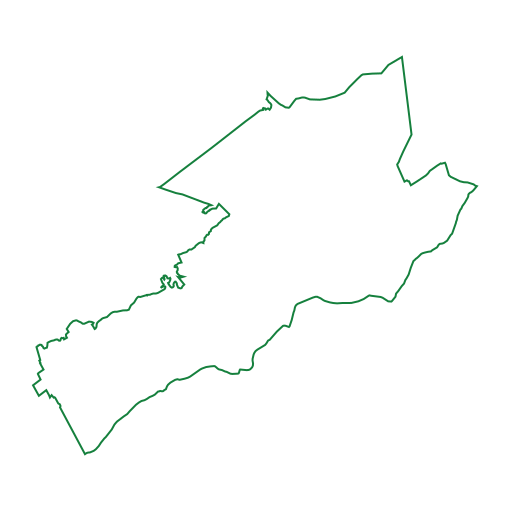 Draganu, Arges, Romania, rotated 92°
{"feature_id": "2599482B87206763535971", "entity_name": "Draganu", "entity_type": "district", "adm_level": 2, "iso_a3": "ROU", "parent_name": "Romania", "parent_adm1": "Arges", "projection": "natural_earth1", "projection_center": [24.702, 44.943], "detail": "fine", "context": "isolated", "style": "outline", "palette": "green", "viewbox_px": 512, "rotation_deg": 92, "n_neighbors": 0, "source": "geoboundaries", "source_scale": "gbopen_adm2", "svg_char_len": 6063}
<svg xmlns="http://www.w3.org/2000/svg" viewBox="0 0 512 512"><g transform="rotate(92 256 256)"><path d="M387.0,467.0L393.0,474.3L403.3,468.1L397.4,460.9L402.5,457.9L404.6,457.0L402.2,455.4L404.6,453.2L404.2,452.4L404.8,451.7L410.2,448.5L410.9,447.3L410.9,447.1L412.2,446.3L413.1,446.2L414.1,446.6L460.0,420.0L459.3,419.1L458.7,418.1L458.3,416.9L458.1,415.1L456.4,411.4L454.7,409.3L451.4,406.5L447.9,404.4L443.6,401.2L442.2,399.8L434.4,394.1L429.4,391.6L427.6,390.2L426.2,389.0L420.8,382.4L418.5,379.2L415.5,376.8L408.8,370.7L406.5,367.9L404.9,365.4L404.0,362.4L402.7,360.1L400.7,357.4L399.4,354.5L398.1,352.3L394.9,349.2L394.6,347.8L394.2,347.1L394.5,345.2L394.3,344.2L394.0,343.7L393.2,343.0L392.3,341.4L389.4,340.4L387.7,339.4L385.5,337.1L382.6,332.5L381.9,330.3L382.4,328.0L381.1,323.0L380.0,319.8L378.8,317.6L371.3,307.7L370.3,305.9L368.7,301.9L367.9,297.5L367.5,294.2L367.5,293.4L368.8,291.6L369.8,290.5L370.6,289.1L371.2,286.0L372.5,282.9L372.8,281.3L374.5,277.5L374.7,275.5L374.2,270.0L374.0,269.4L373.4,269.0L370.6,268.3L370.0,267.9L370.4,261.3L370.1,259.2L369.4,257.8L367.4,256.0L365.7,255.3L363.5,255.2L360.6,255.8L358.9,255.8L354.4,254.9L352.7,254.2L351.0,253.1L349.5,251.3L344.5,243.7L342.7,242.4L340.3,241.1L339.9,240.7L339.3,239.4L330.8,232.5L324.9,226.6L324.6,225.5L324.7,224.0L325.8,220.6L325.1,220.0L318.8,218.1L311.1,216.5L309.1,215.8L306.0,215.3L304.3,214.6L303.5,214.0L302.4,212.7L295.6,197.8L294.7,195.2L294.6,193.5L296.0,190.0L297.8,187.1L298.5,185.6L299.8,180.5L300.3,177.1L300.5,173.3L300.0,168.4L299.6,159.1L297.7,152.1L295.2,146.8L291.7,141.9L291.4,141.1L291.7,139.7L292.6,130.0L293.3,128.0L296.7,122.3L296.8,119.1L296.2,118.5L291.8,115.2L288.7,114.7L286.2,112.7L281.0,109.3L278.4,107.1L274.8,105.9L273.1,104.8L269.2,102.8L262.4,100.9L255.6,98.5L254.0,96.8L253.3,96.3L252.6,95.3L251.0,93.6L248.2,91.0L247.5,89.8L246.7,87.5L245.8,84.2L245.3,81.3L244.1,80.1L241.0,75.3L238.5,73.9L237.5,72.9L237.0,70.1L236.4,68.7L234.0,65.5L228.3,62.2L227.0,60.9L226.3,60.6L216.1,57.4L215.1,57.3L212.8,56.5L208.7,55.9L202.4,53.3L201.6,52.5L198.9,51.5L195.7,49.3L190.4,46.5L189.1,46.0L187.3,45.9L186.5,45.5L185.3,44.3L184.9,43.4L183.8,42.0L182.5,40.8L178.5,37.7L178.0,39.4L176.8,41.0L175.1,47.1L175.0,51.0L174.2,54.8L170.1,64.1L168.6,66.0L157.7,69.6L156.2,70.4L157.3,73.8L157.0,74.6L159.3,78.0L164.9,85.3L167.4,86.9L169.6,89.0L175.9,97.8L179.9,103.7L176.0,105.7L176.0,106.6L175.1,107.8L176.5,110.2L161.2,117.6L159.6,118.1L156.9,116.5L154.1,115.6L146.2,112.4L129.2,104.8L52.0,117.1L60.4,130.3L69.1,137.1L69.7,146.3L70.8,155.5L71.6,156.9L75.4,160.7L83.9,168.6L89.7,173.1L93.8,182.3L96.7,192.3L97.6,197.7L97.6,207.6L96.0,212.7L95.9,214.7L96.1,216.0L97.0,218.8L97.5,221.4L99.6,223.1L106.1,227.6L106.7,228.4L106.4,231.8L104.6,234.9L104.1,236.3L102.6,238.6L95.6,246.9L92.3,250.2L94.5,250.0L94.8,249.6L99.1,250.9L99.6,250.1L101.8,248.5L102.7,247.2L104.0,246.1L104.7,245.9L107.2,246.2L109.3,247.5L108.1,249.1L108.6,250.2L109.5,251.4L109.4,251.7L108.2,252.1L108.2,253.0L107.8,253.5L108.1,254.2L108.6,254.3L109.8,254.1L110.5,257.0L111.6,258.6L114.9,262.4L121.7,271.0L149.3,303.9L174.3,334.7L187.3,350.3L190.4,354.3L190.7,355.3L192.7,349.0L195.9,338.2L197.0,331.7L204.5,309.7L205.6,305.4L206.8,302.4L207.0,303.0L206.9,304.2L207.9,305.6L208.8,306.2L208.8,306.6L209.8,307.2L209.8,308.1L211.7,310.3L213.4,310.5L213.9,311.0L214.4,310.4L213.8,309.5L214.1,309.2L214.8,309.2L215.2,308.5L215.2,307.9L215.0,307.2L213.8,306.4L212.5,304.9L212.4,304.3L211.7,304.1L211.5,303.8L211.6,303.4L211.4,303.1L211.1,303.0L210.2,301.2L209.9,297.5L205.2,294.9L215.2,284.1L217.0,284.6L218.4,287.3L219.4,288.4L219.8,289.8L220.6,290.7L221.4,291.1L222.2,292.1L223.4,293.0L224.5,294.4L226.7,295.8L229.4,300.4L230.7,301.6L231.5,302.0L232.7,302.0L234.0,303.8L235.6,303.8L236.5,304.6L236.4,305.5L236.9,306.1L238.4,306.8L239.6,308.0L240.6,308.1L242.0,308.0L242.7,308.3L243.4,309.1L244.9,309.0L244.2,311.1L244.6,312.4L245.2,313.6L247.9,316.7L249.3,317.4L251.8,320.8L251.8,322.6L252.5,323.8L254.0,324.9L254.6,325.8L255.6,329.0L256.9,331.5L257.0,332.8L257.4,333.8L265.1,330.2L266.0,333.5L267.4,334.7L268.2,336.4L268.8,336.9L269.8,336.9L270.0,335.7L269.8,334.5L271.1,333.8L272.9,333.8L274.4,334.6L275.6,334.4L276.0,333.7L276.9,333.4L277.4,332.5L278.2,332.0L279.2,327.7L280.2,330.7L280.2,331.9L279.9,333.0L287.0,326.7L289.0,328.5L290.7,329.3L291.0,330.5L290.3,332.7L287.3,334.1L286.0,334.2L285.3,334.9L284.5,335.3L284.4,335.9L285.1,336.6L286.0,337.2L287.5,337.5L288.8,337.1L289.8,337.6L290.3,338.3L290.5,339.2L289.7,340.4L287.1,342.4L286.0,342.9L285.5,341.9L283.2,340.9L281.7,340.7L280.9,341.1L281.5,342.1L281.4,343.7L279.5,344.6L279.1,345.1L278.7,345.8L279.0,346.2L278.7,347.1L279.1,347.6L279.7,347.5L281.5,346.8L282.5,346.6L282.8,346.8L280.7,348.1L280.8,348.6L281.3,349.3L282.4,350.2L286.1,348.6L287.6,347.2L288.8,347.8L289.8,349.1L290.5,349.6L290.7,349.4L289.7,347.6L289.5,346.5L289.6,345.8L290.0,345.5L291.1,345.6L292.3,346.2L296.2,352.5L296.8,354.0L297.0,355.0L297.1,357.4L297.7,359.2L298.4,360.6L298.7,363.6L299.2,363.6L299.1,364.6L301.0,370.2L300.8,372.0L301.3,372.8L302.8,374.0L306.8,376.2L309.7,379.3L314.1,381.2L314.8,383.1L315.0,386.9L316.6,393.2L316.6,395.2L317.2,397.3L318.5,399.2L322.2,402.8L323.4,406.6L324.3,408.1L324.9,408.5L326.6,410.7L328.1,412.2L329.6,412.8L332.5,413.0L334.1,413.9L334.6,414.7L332.0,416.3L330.3,417.6L329.5,416.4L328.4,416.0L327.6,417.9L327.4,420.6L329.7,425.3L329.7,426.9L328.5,428.6L327.6,430.9L326.6,432.9L326.6,433.7L327.5,436.5L330.2,439.3L335.5,442.6L338.5,440.6L340.4,442.6L341.1,443.2L342.8,443.0L344.3,442.1L346.0,444.9L344.5,445.4L344.9,446.5L344.6,447.4L345.3,448.1L347.0,448.5L347.5,448.9L347.5,449.9L346.4,451.4L346.4,452.5L346.7,453.8L347.1,454.3L347.5,455.5L348.0,457.6L348.9,459.5L350.0,461.3L352.8,461.4L354.9,461.8L355.3,463.1L355.9,464.2L355.6,465.0L353.9,465.9L353.2,466.9L352.4,467.2L352.2,468.0L352.2,468.6L352.3,468.6L352.9,470.3L353.1,470.3L353.7,470.9L353.9,471.4L354.1,471.4L354.7,472.2L367.5,468.0L368.1,468.9L370.4,467.7L370.7,468.1L376.9,464.4L380.6,469.4L381.4,469.9L387.0,467.0Z" fill="none" stroke="#15803d" stroke-width="2"/></g></svg>